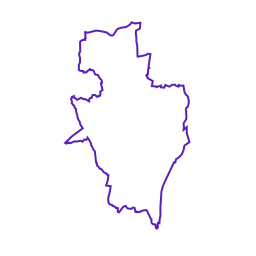 Blanchardstown-Mulhuddart Lea-5, Fingal, Ireland, rotated 261°
{"feature_id": "5873133B33785826163763", "entity_name": "Blanchardstown-Mulhuddart Lea-5", "entity_type": "district", "adm_level": 2, "iso_a3": "IRL", "parent_name": "Ireland", "parent_adm1": "Fingal", "projection": "robinson", "projection_center": [-6.344, 53.42], "detail": "fine", "context": "isolated", "style": "outline", "palette": "violet", "viewbox_px": 256, "rotation_deg": 261, "n_neighbors": 0, "source": "geoboundaries", "source_scale": "gbopen_adm2", "svg_char_len": 2776}
<svg xmlns="http://www.w3.org/2000/svg" viewBox="0 0 256 256"><g transform="rotate(261 128 128)"><path d="M29.0,144.1L33.1,145.0L36.1,146.3L43.6,147.4L59.7,151.0L64.9,153.2L69.5,156.2L87.0,168.1L86.6,169.3L89.6,170.6L91.0,173.6L93.5,177.0L97.0,179.2L101.8,181.0L104.4,186.4L113.9,185.3L119.7,186.2L117.5,182.7L120.7,183.5L123.7,183.5L127.6,186.9L130.8,187.6L133.2,187.6L134.1,188.0L136.8,187.9L138.8,188.7L139.5,190.3L142.5,191.7L145.7,192.4L147.8,192.1L149.8,192.1L152.2,190.2L154.9,189.4L161.3,189.4L161.7,186.1L162.5,184.9L161.0,184.4L162.3,181.8L163.4,181.1L163.8,178.7L162.4,175.3L164.6,171.7L162.2,170.1L163.1,166.9L164.7,167.2L163.9,162.6L164.6,162.5L165.6,158.1L170.5,159.8L174.3,155.1L175.6,155.2L175.9,154.6L177.2,154.4L177.7,154.7L177.7,155.9L183.8,157.5L184.0,158.3L184.4,158.0L186.0,158.1L197.5,161.7L198.3,159.4L197.2,156.8L196.9,149.9L197.0,148.7L198.0,148.7L207.8,150.0L212.0,149.8L216.2,150.4L220.7,150.5L223.0,151.3L224.4,155.4L230.0,156.6L230.2,150.9L231.8,148.2L229.7,146.0L228.0,141.7L228.1,136.1L227.2,132.6L222.4,128.4L221.7,126.8L222.5,124.8L225.6,122.1L228.4,114.9L229.2,111.6L228.4,103.2L229.5,100.8L228.5,100.4L227.2,100.7L225.9,100.2L223.4,100.3L223.2,99.4L221.8,99.6L221.9,96.2L220.8,94.3L220.2,94.1L210.9,92.7L209.3,91.4L207.6,91.2L204.8,91.6L200.4,90.9L198.1,89.4L192.9,88.5L191.8,90.1L191.3,92.9L189.7,92.8L189.6,95.8L190.2,96.1L192.1,99.8L191.0,100.2L190.8,102.0L189.7,103.1L186.0,103.9L185.1,106.5L181.6,107.9L179.2,109.5L176.7,109.4L176.5,108.2L169.5,108.8L168.1,106.1L165.5,106.1L164.0,105.0L164.5,103.9L163.7,103.4L163.5,102.4L165.8,100.5L166.1,98.3L163.4,96.7L163.7,95.8L162.8,94.4L160.4,93.8L163.5,89.9L163.3,88.6L165.2,86.3L163.8,81.9L165.7,80.6L166.3,79.6L168.0,79.5L167.5,77.6L166.5,77.5L165.7,76.3L162.7,76.8L161.4,76.3L158.6,77.9L158.5,78.4L156.2,78.5L154.9,79.7L153.1,79.3L144.5,80.1L142.3,81.1L138.6,81.5L134.8,83.3L128.4,71.1L123.1,63.6L122.4,64.5L123.3,64.9L122.5,66.0L122.8,67.2L122.3,67.2L122.1,68.9L123.1,72.8L122.6,75.6L122.9,79.1L121.6,81.0L123.5,83.0L122.8,84.7L123.8,86.2L124.7,86.5L122.9,87.5L118.7,89.0L116.3,89.0L115.2,89.7L112.4,90.3L110.2,91.6L98.7,91.1L98.4,91.7L95.6,91.7L93.8,93.2L92.1,93.8L91.4,95.4L87.9,97.3L85.9,100.1L84.7,100.4L84.4,101.3L79.5,99.8L74.6,97.4L73.2,101.8L67.3,99.9L63.0,97.9L60.6,97.2L57.1,97.1L55.5,98.0L54.1,100.7L53.5,100.6L51.9,103.3L50.9,103.6L50.4,105.5L46.9,104.7L46.1,106.0L50.2,110.2L51.2,111.8L51.4,113.5L48.9,114.7L47.9,117.1L47.6,119.0L48.7,120.1L48.1,122.0L44.1,122.2L44.3,123.1L43.4,123.7L43.6,124.8L43.0,126.2L44.0,128.3L44.2,133.1L42.9,133.9L34.8,136.3L34.4,136.9L31.6,136.4L30.3,136.6L29.1,137.6L28.6,139.7L24.4,140.2L24.2,141.2L25.0,141.4L25.2,141.9L25.9,141.7L26.3,142.1L27.4,142.1L27.6,141.8L29.7,142.9L29.0,144.1Z" fill="none" stroke="#5b21b6" stroke-width="2"/></g></svg>